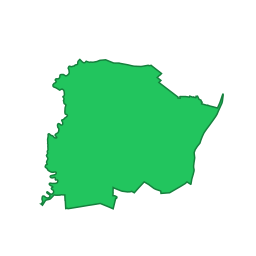 Micula, Satu Mare, Romania (Albers equal-area conic projection), rotated 259°
{"feature_id": "2599482B78351896705801", "entity_name": "Micula", "entity_type": "district", "adm_level": 2, "iso_a3": "ROU", "parent_name": "Romania", "parent_adm1": "Satu Mare", "projection": "albers", "projection_center": [22.96, 47.916], "detail": "fine", "context": "isolated", "style": "filled", "palette": "green", "viewbox_px": 256, "rotation_deg": 259, "n_neighbors": 0, "source": "geoboundaries", "source_scale": "gbopen_adm2", "svg_char_len": 5525}
<svg xmlns="http://www.w3.org/2000/svg" viewBox="0 0 256 256"><g transform="rotate(259 128 128)"><path d="M185.1,162.7L185.1,161.3L185.1,160.6L185.7,159.8L185.8,154.0L185.9,152.5L187.5,145.8L188.2,144.0L190.1,139.8L193.4,131.4L193.5,131.4L194.2,127.6L194.6,126.2L199.2,119.1L199.8,113.3L199.2,110.2L199.2,106.6L199.4,105.3L199.8,104.1L199.9,103.3L199.8,102.9L199.8,102.6L200.3,101.8L200.4,101.5L200.7,101.1L201.0,100.5L201.5,99.7L200.9,98.9L200.5,98.3L200.4,97.9L200.4,97.3L200.6,96.8L201.5,95.8L204.5,93.8L204.5,93.5L203.7,92.8L203.2,91.9L202.8,91.6L202.2,91.3L200.4,90.8L200.2,90.6L200.0,90.2L199.9,88.3L199.7,87.8L199.3,87.3L199.1,86.9L199.2,86.1L199.0,85.0L199.0,84.4L199.1,83.8L199.6,82.9L199.8,82.5L199.8,82.1L199.6,81.7L198.7,81.0L198.2,80.7L197.9,80.7L196.8,81.0L195.9,81.1L193.7,80.9L193.0,80.6L192.3,80.1L191.4,78.7L191.1,77.9L191.0,77.3L191.0,76.8L191.6,76.1L192.5,75.2L192.8,74.8L193.0,74.3L193.0,73.6L193.1,73.2L193.3,72.6L193.2,72.1L193.1,71.7L192.9,71.4L192.5,71.2L191.8,71.0L190.9,70.7L190.4,70.3L190.0,69.9L189.8,69.5L189.6,69.0L189.6,68.7L189.9,67.3L190.0,66.8L189.8,66.4L189.2,65.8L188.9,65.7L187.5,66.4L187.0,66.2L186.6,65.8L186.2,65.1L185.9,64.0L185.5,63.5L184.7,62.6L184.3,62.5L183.4,62.4L183.0,62.5L182.8,62.7L182.4,63.0L181.3,64.8L180.0,66.3L179.2,67.1L178.2,68.2L178.2,68.4L178.6,69.1L178.8,70.5L178.7,70.9L177.8,71.8L177.3,72.1L176.7,72.2L175.8,72.3L172.7,71.9L172.0,71.5L171.5,71.0L171.3,70.2L170.6,70.2L169.6,70.7L169.3,70.8L168.7,70.7L167.8,70.3L167.1,69.8L166.3,70.0L164.7,69.9L164.2,70.0L163.9,70.2L163.2,71.0L162.7,71.4L162.3,71.4L159.8,70.1L157.8,69.6L156.3,69.2L155.0,69.0L154.3,69.0L153.8,69.1L153.4,69.5L152.9,70.4L152.5,70.7L152.0,70.9L151.6,70.8L151.2,70.5L150.5,69.4L150.2,68.7L149.9,67.9L148.8,66.5L148.6,66.0L148.5,64.7L148.3,64.4L147.8,64.4L146.2,64.9L145.5,64.9L144.5,64.7L144.0,64.5L143.7,64.0L143.6,63.4L143.6,62.9L143.9,62.5L144.8,61.9L145.1,61.6L145.5,60.9L145.6,60.5L145.5,60.2L145.1,59.8L144.7,59.5L144.2,59.3L142.4,59.2L141.9,59.3L141.4,59.6L140.1,60.0L138.1,59.3L137.6,59.0L137.1,58.7L136.9,58.4L136.6,58.1L136.0,56.3L135.7,55.7L135.2,55.2L134.9,55.1L134.4,55.2L133.3,55.9L132.7,56.2L132.1,56.2L131.9,55.6L132.0,55.1L132.4,54.3L132.6,53.9L132.9,53.6L134.1,53.0L134.5,52.6L135.0,52.0L135.6,50.9L135.9,50.6L136.3,50.3L137.1,49.8L137.3,49.5L137.4,49.2L137.4,48.8L137.2,48.5L136.9,48.3L135.9,48.2L135.0,48.0L132.2,46.9L128.7,46.4L127.8,46.1L127.1,46.3L126.5,46.2L125.5,45.8L124.5,45.8L123.9,45.6L122.1,45.4L121.5,45.1L120.7,44.4L120.4,44.3L119.6,44.2L118.8,44.4L118.1,44.1L117.5,43.6L117.0,43.0L116.7,42.8L116.3,42.7L115.2,43.0L114.3,43.4L113.6,43.5L113.2,43.5L112.9,43.4L112.1,42.9L110.7,41.8L110.1,41.6L109.4,41.5L108.7,41.6L108.1,41.8L107.8,41.8L107.7,41.6L107.6,41.0L107.5,40.5L107.2,40.1L106.0,39.4L105.6,39.3L105.0,39.6L103.6,40.9L102.5,41.1L101.9,41.4L101.5,41.7L100.9,42.3L99.5,44.0L99.2,44.7L98.9,45.7L98.8,46.5L98.8,47.7L98.7,48.1L98.5,48.6L98.2,48.9L97.7,49.0L97.3,48.9L96.7,48.5L96.4,48.1L96.2,47.5L96.1,46.8L96.0,44.5L95.9,43.3L95.8,42.9L95.5,42.5L95.0,42.3L94.7,42.4L94.2,42.6L93.8,43.2L93.5,44.0L93.4,44.7L93.5,45.9L93.5,46.3L93.3,46.7L93.0,47.0L92.6,47.1L91.2,46.8L90.8,47.0L90.7,47.4L90.6,48.3L90.4,48.8L89.9,49.1L89.2,49.0L88.8,48.8L88.2,48.5L87.8,48.1L87.5,47.1L87.5,46.2L88.0,43.1L88.7,41.3L88.7,40.8L88.6,40.4L88.2,40.1L87.8,40.0L87.5,40.1L87.0,40.4L86.3,41.0L85.7,41.8L85.1,42.6L84.6,42.9L84.4,42.9L84.2,42.7L83.8,41.6L83.6,41.4L83.3,41.2L83.0,41.2L82.2,41.6L81.3,42.6L80.9,42.8L79.7,42.9L78.7,42.5L78.5,42.3L77.9,41.3L77.7,40.9L77.6,40.2L77.9,39.5L78.3,38.9L80.6,36.9L80.7,36.7L80.8,36.5L80.7,36.3L80.3,36.0L79.6,36.1L78.4,37.2L77.4,38.2L77.0,38.4L76.5,38.5L76.1,38.4L75.7,38.2L75.3,37.9L74.8,37.3L74.6,36.7L74.6,36.0L74.7,35.5L75.1,34.7L75.4,34.2L77.1,32.7L77.3,32.2L77.4,31.6L77.4,31.4L77.2,31.1L76.7,30.7L75.0,30.1L74.3,30.0L72.8,30.2L71.8,30.1L70.4,28.9L70.0,28.4L70.0,28.1L69.8,28.3L68.5,29.3L72.2,32.8L72.6,33.4L72.9,34.0L73.0,37.4L73.1,37.9L73.4,38.5L73.9,39.2L76.3,42.6L76.4,42.8L75.9,44.1L75.6,45.4L75.1,48.5L75.2,49.1L75.2,49.9L74.7,51.6L74.6,52.3L74.4,52.6L74.3,53.2L68.9,52.4L68.8,52.6L60.8,51.5L60.7,53.3L60.3,53.6L60.2,54.4L59.8,67.2L59.6,75.3L59.5,77.0L59.2,86.4L53.9,94.5L51.5,98.0L61.3,102.5L61.1,103.1L61.1,103.3L62.0,103.9L62.5,103.9L63.2,103.1L64.0,102.0L64.5,100.3L67.7,101.1L67.8,101.0L72.4,102.1L71.7,102.9L67.5,109.4L67.0,110.4L65.3,115.5L65.2,116.6L65.1,116.9L65.0,117.7L65.0,119.4L65.1,119.6L63.2,121.8L67.5,127.4L72.0,133.6L68.6,137.5L64.1,141.6L63.4,142.3L62.3,143.9L60.1,147.8L59.9,148.0L59.7,148.1L57.5,147.9L56.5,156.5L60.8,168.9L62.6,173.7L63.8,175.6L60.8,178.8L60.9,179.1L65.7,180.9L70.2,183.2L73.2,184.6L74.5,184.9L76.7,184.9L78.4,185.2L81.5,186.2L84.2,187.2L86.0,187.8L91.2,188.2L93.7,189.7L93.9,189.8L96.8,192.6L99.4,195.7L102.5,197.4L105.5,199.3L108.4,201.4L109.7,202.6L112.3,205.3L115.0,208.3L116.6,210.0L119.9,213.5L122.6,216.3L124.5,218.0L127.5,220.0L131.6,222.9L134.1,224.7L134.8,225.1L136.3,225.8L142.1,227.7L143.6,227.9L142.3,227.0L138.6,224.9L135.3,223.0L131.7,220.5L130.6,219.6L132.5,215.7L134.3,211.8L134.6,211.6L135.3,210.3L135.3,210.1L135.1,210.0L137.7,204.9L139.2,205.7L139.6,205.0L141.3,205.0L142.7,203.2L146.0,202.3L146.1,200.8L145.0,200.6L144.9,200.5L144.9,200.1L145.2,199.4L146.0,198.3L145.9,198.0L145.7,197.8L147.5,194.7L146.6,194.1L147.8,190.8L148.9,185.5L148.9,185.0L147.4,184.9L147.9,182.8L149.0,182.9L149.3,182.5L156.3,176.3L166.8,167.0L168.4,169.4L172.0,166.3L173.4,168.4L173.8,169.4L174.2,170.1L175.1,171.3L184.3,163.3L185.1,162.7Z" fill="#22c55e" stroke="#15803d" stroke-width="1.5"/></g></svg>